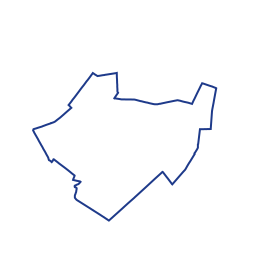 the district of Ciorasti, Vrancea, Romania, rotated 311°
{"feature_id": "2599482B91845837840053", "entity_name": "Ciorasti", "entity_type": "district", "adm_level": 2, "iso_a3": "ROU", "parent_name": "Romania", "parent_adm1": "Vrancea", "projection": "robinson", "projection_center": [27.335, 45.426], "detail": "fine", "context": "isolated", "style": "outline", "palette": "blue", "viewbox_px": 256, "rotation_deg": 311, "n_neighbors": 0, "source": "geoboundaries", "source_scale": "gbopen_adm2", "svg_char_len": 3971}
<svg xmlns="http://www.w3.org/2000/svg" viewBox="0 0 256 256"><g transform="rotate(311 128 128)"><path d="M106.4,68.1L106.4,68.6L106.2,70.0L106.0,72.0L99.8,71.1L92.3,70.1L91.0,69.9L87.7,69.2L87.2,69.1L86.8,69.1L86.6,69.0L85.5,68.8L84.6,68.6L84.4,68.5L84.0,68.3L83.4,68.1L83.2,67.9L82.6,67.6L82.3,67.4L81.9,67.2L81.6,67.1L81.5,66.9L81.3,66.8L81.3,66.7L81.2,66.6L80.8,66.6L80.6,66.5L80.5,66.4L80.2,66.3L79.9,66.1L79.6,65.9L79.2,65.7L78.7,65.4L78.2,65.1L77.7,64.8L76.6,64.2L76.1,63.9L75.7,63.7L75.3,63.5L74.8,63.2L74.4,63.0L73.7,62.6L73.1,62.3L72.8,62.2L69.1,59.9L67.4,58.9L65.7,57.8L65.4,57.6L65.0,57.5L64.9,57.6L64.3,57.8L63.9,58.0L63.6,58.9L62.9,60.5L62.4,62.0L62.0,63.1L61.6,64.3L61.2,65.4L60.6,67.2L59.9,68.9L59.2,70.9L58.6,72.6L58.1,73.9L57.8,74.9L57.3,76.3L56.5,78.3L56.0,79.9L55.3,81.9L55.0,82.6L54.6,83.6L53.9,85.6L53.5,86.7L53.3,87.2L52.3,88.7L51.9,89.5L52.1,90.2L52.2,90.7L52.3,91.1L52.3,91.6L52.2,92.2L52.2,92.8L53.3,92.8L54.7,92.5L55.5,92.3L55.7,92.5L55.7,92.9L56.0,97.8L56.0,98.9L56.3,103.0L56.5,105.6L56.6,107.1L56.8,110.7L56.8,110.9L56.9,113.7L56.9,115.0L57.1,118.6L57.1,118.9L57.0,119.0L55.4,119.6L54.9,119.8L54.4,119.9L54.1,120.0L53.2,120.4L52.8,120.6L54.4,123.7L56.2,126.8L56.2,127.5L55.6,127.5L54.5,127.5L54.0,127.5L53.6,127.4L53.3,127.4L53.0,127.3L52.6,127.1L51.9,126.7L51.5,126.5L51.2,126.4L50.4,126.1L49.7,125.9L49.5,125.7L49.3,125.8L49.1,125.9L48.8,126.2L48.6,126.4L48.5,126.7L48.6,126.9L48.7,127.3L48.9,127.9L49.0,128.2L49.0,128.4L48.9,128.6L48.5,129.1L48.2,129.3L47.6,129.6L47.3,129.8L46.3,130.4L45.8,130.8L45.2,131.0L44.4,131.3L43.8,131.6L42.8,131.9L42.2,132.2L41.0,133.2L40.5,133.7L40.4,134.3L40.1,135.6L40.1,136.8L40.3,138.0L40.6,139.9L41.6,146.5L44.3,164.4L45.6,174.3L60.1,176.1L71.1,177.4L79.3,178.5L80.6,178.6L81.3,178.7L95.1,180.3L107.1,181.6L115.4,182.6L116.4,182.7L117.4,182.8L117.5,182.8L117.6,183.0L117.4,184.2L117.1,185.7L116.3,189.6L116.1,190.8L114.9,196.4L114.7,197.2L114.6,197.9L114.5,198.1L114.5,198.4L115.0,198.4L115.4,198.4L116.6,198.4L119.7,198.4L123.8,198.4L131.1,198.4L133.9,198.5L134.7,198.4L138.6,197.6L141.4,197.1L143.7,196.8L151.4,195.5L152.1,195.4L152.4,194.8L152.6,194.8L152.9,194.7L153.6,194.7L157.3,194.1L158.9,193.7L159.2,193.5L159.3,193.4L161.5,191.5L161.9,191.5L174.3,183.1L175.6,184.6L181.5,191.1L195.9,180.3L197.7,179.2L202.9,176.2L205.2,174.8L209.6,172.2L211.8,170.9L215.9,168.5L215.9,168.4L215.8,168.2L215.7,167.8L214.9,165.5L214.5,164.2L214.4,164.1L213.4,161.8L211.9,158.1L211.1,156.1L210.8,155.4L210.4,154.6L209.3,154.9L208.3,155.1L207.4,155.3L204.1,156.2L200.6,157.1L199.1,157.5L193.7,159.0L191.6,159.5L189.3,160.2L188.2,160.5L188.1,160.2L187.7,159.4L186.6,156.9L185.8,155.4L185.3,154.5L185.1,154.2L184.8,153.6L184.0,152.1L182.6,149.1L182.2,148.5L181.8,147.7L181.3,147.0L180.5,146.4L179.0,145.2L177.3,143.9L176.0,142.9L172.9,140.5L168.5,137.2L167.5,136.5L167.4,136.3L166.9,135.9L165.3,134.7L164.9,134.3L163.6,132.8L162.8,131.6L162.1,130.3L161.1,128.5L160.3,126.9L160.0,126.2L159.2,124.9L158.3,123.2L157.5,121.6L156.9,120.4L156.6,120.0L154.3,115.3L153.8,114.4L153.4,113.8L152.8,113.1L148.5,108.1L147.2,106.5L146.8,106.0L146.6,105.8L146.4,105.6L145.9,105.0L145.6,104.6L145.3,104.3L144.1,102.3L142.5,99.8L142.2,99.3L141.9,98.8L141.4,98.4L141.4,98.2L142.0,98.1L144.6,97.8L146.0,97.6L147.5,97.5L148.1,97.4L148.2,97.1L148.3,96.5L148.7,96.0L149.1,95.6L150.2,94.7L150.4,94.4L150.7,94.2L151.4,93.5L152.2,92.7L153.3,91.8L154.1,91.0L154.6,90.5L155.3,89.8L155.8,89.4L156.4,88.8L157.3,88.0L158.9,86.4L161.1,84.4L162.1,83.5L162.2,83.4L161.6,83.0L160.9,82.4L154.0,76.6L153.9,76.5L153.1,75.8L152.6,75.5L151.7,74.7L151.3,74.3L149.8,73.1L148.7,72.2L147.8,71.4L147.3,71.0L147.2,70.9L146.8,68.4L146.7,68.0L146.6,66.8L146.4,65.4L145.6,65.5L144.0,65.6L141.8,65.8L139.1,66.0L137.3,66.1L136.1,66.1L133.8,66.3L131.4,66.5L128.8,66.6L125.8,66.8L123.5,67.0L116.4,67.5L114.3,67.6L114.0,67.6L113.9,67.6L113.2,67.6L112.4,67.7L112.2,67.7L111.6,67.8L110.3,67.9L106.6,68.1L106.4,68.1Z" fill="none" stroke="#1e3a8a" stroke-width="2"/></g></svg>